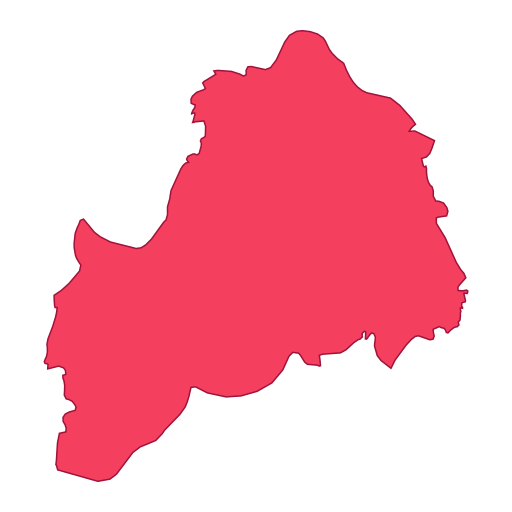 the border of Southern Ostrobothnia
{"feature_id": "FIN-3183", "entity_name": "Southern Ostrobothnia", "entity_type": "Province", "adm_level": 1, "iso_a3": "FIN", "parent_name": "Finland", "parent_adm1": "", "projection": "orthographic", "projection_center": [23.15, 62.738], "detail": "fine", "context": "isolated", "style": "filled", "palette": "rose", "viewbox_px": 512, "rotation_deg": 0, "n_neighbors": 0, "source": "natural_earth", "source_scale": "10m", "svg_char_len": 3695}
<svg xmlns="http://www.w3.org/2000/svg" viewBox="0 0 512 512"><path d="M343.7,63.3L346.5,70.3L349.7,76.7L353.3,82.3L357.4,86.9L362.0,90.5L367.0,92.8L390.5,98.1L399.8,105.4L412.2,119.3L415.5,124.3L412.6,126.7L410.8,128.7L409.2,131.3L414.8,131.0L434.5,140.6L432.2,147.6L429.8,153.4L426.4,157.0L421.6,158.5L423.4,166.2L424.6,166.9L425.4,166.3L425.9,166.1L426.5,168.6L426.5,171.2L426.7,174.9L427.2,178.1L428.4,182.2L430.2,185.2L432.1,186.9L433.3,191.0L433.3,196.2L435.8,201.1L438.7,201.2L443.5,203.0L446.8,207.5L447.9,211.3L446.6,215.9L438.3,217.1L436.3,217.9L436.4,223.4L445.1,237.6L456.3,262.4L460.9,269.9L463.9,273.3L465.8,277.8L459.0,285.5L457.8,287.7L458.3,290.6L462.6,290.8L466.5,290.1L467.7,290.8L467.6,292.5L467.1,293.5L464.0,293.2L463.9,294.2L464.3,295.2L464.5,296.3L465.2,299.5L465.5,300.6L465.3,301.8L462.3,302.6L461.7,303.3L461.7,303.9L461.7,305.9L462.0,307.0L462.5,307.2L462.5,308.3L462.2,308.2L460.7,307.8L460.4,307.9L460.4,309.5L460.8,310.9L460.8,311.8L460.4,312.9L460.4,315.9L460.0,320.1L458.4,321.9L458.5,323.2L458.9,325.0L457.3,326.7L455.5,327.0L453.8,327.7L450.8,330.0L448.0,332.9L446.3,332.5L445.8,330.7L444.4,328.5L442.5,327.9L441.3,327.7L439.3,326.6L433.2,329.3L433.4,332.6L434.2,336.1L433.1,339.1L430.0,339.8L418.4,335.8L415.3,336.4L411.3,339.5L406.2,345.0L395.0,360.2L391.0,368.3L381.0,360.5L377.2,355.5L374.5,345.9L374.7,343.0L375.2,339.9L375.3,336.8L373.8,333.7L371.7,332.9L369.8,334.8L367.7,337.7L366.6,339.1L365.4,338.9L365.7,331.8L364.6,331.3L363.5,332.1L362.3,333.3L362.1,335.1L362.4,336.9L360.2,339.0L357.8,339.9L353.7,342.7L345.9,349.9L340.3,352.9L322.5,354.2L319.2,355.4L319.6,357.0L320.0,360.2L320.5,365.7L319.2,366.1L317.5,365.2L307.4,364.3L304.7,362.1L300.3,355.1L298.5,353.1L292.8,352.4L289.0,356.2L282.8,369.9L272.0,382.8L257.2,391.3L241.0,395.9L226.1,396.9L207.4,392.9L195.5,386.8L191.0,387.4L188.8,396.8L187.0,402.6L185.1,407.1L179.7,414.6L164.8,429.9L162.2,433.7L155.7,440.5L140.2,446.9L132.9,452.4L116.5,474.1L110.0,479.1L97.9,481.3L57.7,469.9L57.2,468.3L56.8,466.6L56.4,465.3L55.9,464.7L56.4,460.4L57.5,442.9L59.4,433.3L65.8,431.9L66.2,428.3L65.0,424.5L63.2,421.6L63.0,417.4L65.2,414.1L69.2,412.0L75.2,410.4L76.0,407.0L74.8,404.6L72.1,401.2L68.5,399.4L66.2,398.9L64.3,395.1L64.5,391.7L64.7,385.6L64.0,380.9L63.0,378.3L62.8,375.3L65.8,374.4L65.4,370.4L63.6,367.9L58.7,366.1L47.7,368.9L47.7,368.4L48.0,364.5L47.4,363.9L45.8,363.6L44.9,363.2L44.3,361.7L45.4,358.7L46.4,356.9L47.4,352.2L47.3,346.9L46.9,344.5L48.0,338.8L52.7,326.5L55.6,317.0L56.6,312.4L57.2,307.6L55.1,307.6L54.6,305.7L54.2,300.1L54.1,295.3L61.1,290.6L68.9,283.6L79.5,271.1L80.9,265.0L79.4,263.0L76.6,258.3L75.5,255.4L74.2,247.9L74.1,243.6L75.2,233.4L77.1,228.0L79.1,223.7L80.2,220.5L83.5,219.1L94.4,232.3L100.1,236.7L110.4,242.0L136.1,248.5L141.1,247.8L145.7,244.9L151.4,239.2L163.6,222.3L166.0,220.0L167.5,214.7L167.5,206.9L169.9,198.3L170.2,195.5L171.1,190.4L180.8,169.0L183.0,165.5L185.6,163.1L188.6,162.3L187.1,160.5L186.6,159.0L188.0,156.3L192.7,154.1L194.2,153.9L197.2,154.9L199.2,153.3L201.2,146.0L201.3,142.8L200.4,141.1L201.4,138.7L203.5,137.7L205.1,136.5L205.4,134.4L205.6,126.1L203.9,121.0L195.3,121.8L193.7,122.4L192.6,122.5L193.1,121.2L194.9,114.3L194.7,113.0L193.1,113.2L191.7,113.8L191.8,113.0L193.0,110.2L195.0,107.1L195.0,104.8L194.2,104.7L191.2,103.3L191.0,99.2L192.4,96.2L196.7,92.3L203.8,89.7L205.4,88.4L205.0,87.6L202.7,82.9L204.0,81.5L215.8,74.3L213.9,70.9L218.0,70.4L231.4,71.4L239.9,74.1L243.5,76.1L246.2,74.7L246.1,70.3L247.9,66.8L251.1,66.5L265.4,69.6L270.6,67.6L276.3,60.0L284.8,41.9L289.5,35.3L296.6,31.3L302.5,30.7L310.0,31.6L317.5,34.0L323.3,38.0L325.3,41.0L329.3,49.4L332.0,53.2L337.3,58.6L343.7,63.3Z" fill="#f43f5e" stroke="#9f1239" stroke-width="1.5"/></svg>